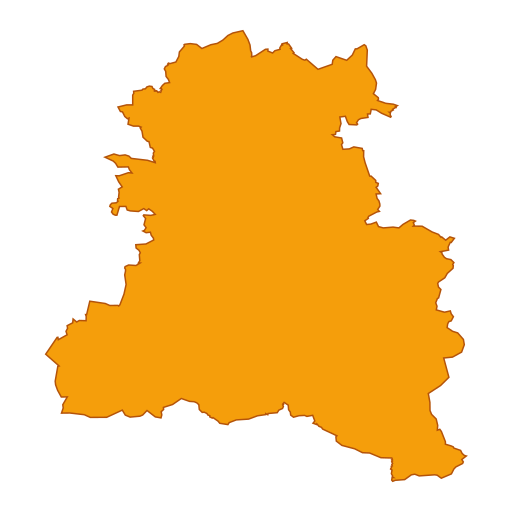 Mallow Lea-5, Cork, Ireland
{"feature_id": "5873133B25639176820798", "entity_name": "Mallow Lea-5", "entity_type": "district", "adm_level": 2, "iso_a3": "IRL", "parent_name": "Ireland", "parent_adm1": "Cork", "projection": "equal_earth", "projection_center": [-8.702, 52.146], "detail": "fine", "context": "isolated", "style": "filled", "palette": "amber", "viewbox_px": 512, "rotation_deg": 0, "n_neighbors": 0, "source": "geoboundaries", "source_scale": "gbopen_adm2", "svg_char_len": 5955}
<svg xmlns="http://www.w3.org/2000/svg" viewBox="0 0 512 512"><path d="M61.5,413.1L69.8,413.0L84.3,414.7L90.3,417.4L106.7,417.3L122.3,410.1L125.3,415.1L130.1,417.1L139.9,416.2L142.7,415.0L147.0,410.5L155.3,416.9L161.0,417.9L161.8,414.9L161.2,411.7L163.6,409.5L163.4,407.4L172.6,404.5L181.3,398.5L189.6,401.4L194.2,401.7L196.9,402.9L198.8,404.7L199.3,409.5L202.2,412.4L204.3,412.2L207.1,413.6L207.7,414.9L209.8,415.7L209.8,416.9L212.3,418.1L213.0,417.6L218.0,421.1L219.8,423.3L227.9,424.6L229.2,422.6L236.3,419.9L248.6,419.1L257.5,415.8L265.7,414.6L265.7,413.6L267.8,414.7L268.1,413.5L277.2,412.7L278.9,410.1L282.5,408.5L283.4,406.5L282.8,405.2L283.5,404.3L282.8,404.0L284.1,402.4L288.2,405.1L288.6,409.7L290.3,412.1L290.7,415.1L293.5,417.2L299.0,415.7L304.6,415.4L306.9,416.4L312.7,415.3L314.8,421.0L313.0,423.2L316.5,424.5L316.8,423.8L318.9,426.3L321.4,427.3L322.7,429.1L336.9,435.8L335.9,436.8L336.3,441.1L341.9,445.4L354.7,448.8L362.5,452.7L369.6,453.0L380.9,457.7L391.8,458.0L392.4,459.3L391.6,459.9L392.5,461.0L391.7,461.7L392.6,463.5L391.8,464.6L392.3,465.9L391.3,466.3L391.5,467.4L390.6,469.0L392.0,470.1L391.4,473.7L392.6,476.0L392.2,476.9L393.2,477.5L392.1,477.5L391.7,480.1L392.7,481.3L395.3,480.3L404.7,479.6L411.4,474.8L414.8,474.2L419.2,475.9L434.7,474.8L437.2,475.2L441.3,478.2L451.4,473.9L453.9,469.0L455.9,466.9L462.6,463.5L463.3,461.9L461.8,459.5L466.3,456.0L464.3,455.4L462.1,453.4L460.6,450.4L453.9,448.1L453.3,446.9L451.1,445.9L445.4,444.2L445.4,441.7L441.4,431.5L439.8,429.3L437.3,430.2L437.7,425.4L436.2,419.0L431.6,414.4L430.0,410.5L429.9,402.4L428.3,393.5L440.6,385.5L448.9,377.3L443.7,358.0L452.5,357.1L461.6,352.1L464.3,344.7L463.4,339.4L457.7,332.9L452.6,331.3L447.1,327.6L447.7,323.8L448.9,321.6L451.2,320.9L453.4,316.7L451.2,313.8L450.3,310.9L444.5,312.2L436.3,309.9L437.0,306.2L435.7,302.8L437.4,298.5L438.6,297.9L440.9,289.5L438.5,287.1L437.7,283.5L438.5,282.0L444.8,277.8L447.3,273.4L453.0,268.3L453.3,265.6L452.7,264.5L453.9,262.6L450.9,259.6L446.5,258.7L444.4,257.3L442.1,254.1L441.9,252.7L440.4,251.7L448.6,250.1L448.1,247.2L448.6,245.9L450.3,242.3L451.2,242.5L454.4,238.3L449.9,236.9L445.7,240.2L441.7,236.9L441.0,237.3L438.5,234.4L432.2,232.0L422.1,226.2L413.3,226.1L414.3,225.1L413.3,222.6L415.4,221.1L413.8,220.4L410.5,220.0L403.0,224.4L398.9,227.9L393.1,227.1L383.3,227.9L378.5,226.6L376.3,222.1L370.8,224.1L366.6,224.5L364.8,220.8L368.3,218.4L367.9,217.6L368.8,216.2L376.8,212.0L379.4,211.4L377.7,209.5L379.9,206.1L379.8,203.9L378.9,200.8L377.1,198.5L376.1,194.0L380.6,193.7L376.1,187.3L377.8,186.0L378.3,183.4L375.8,182.4L375.7,180.4L371.1,176.1L369.9,176.2L369.5,175.5L365.1,162.7L363.6,156.8L363.7,150.7L362.7,150.6L362.2,148.4L353.8,146.9L349.3,148.9L342.9,149.3L341.5,144.6L342.8,142.8L341.6,138.0L334.7,136.8L332.3,134.7L335.5,134.4L335.9,131.6L339.5,131.0L339.6,127.9L341.0,123.6L339.8,117.0L345.4,116.3L347.3,121.6L349.1,124.5L356.8,124.9L357.6,124.1L356.5,122.8L358.4,119.8L360.8,118.5L368.0,117.4L367.5,114.0L370.3,113.9L371.2,109.3L376.2,109.9L381.5,113.2L390.6,117.2L391.1,116.6L390.2,114.9L390.3,113.0L389.4,112.3L390.6,112.3L390.8,111.4L393.2,110.0L392.6,109.3L395.2,107.7L394.5,107.2L396.0,107.6L396.3,106.9L395.7,106.5L397.3,105.6L393.3,104.2L385.7,103.3L377.5,100.5L378.5,99.1L378.3,97.7L373.4,93.7L375.6,89.4L376.5,83.1L375.4,79.7L371.8,73.2L366.6,66.2L367.3,50.1L365.8,45.8L364.2,44.7L357.1,48.8L355.3,48.9L352.3,55.1L346.7,60.3L336.0,56.6L332.8,60.2L332.2,64.3L318.0,69.3L306.3,59.2L304.9,60.2L302.3,59.3L293.2,53.4L294.0,52.7L290.6,48.5L291.6,48.2L288.6,44.0L287.0,43.8L287.2,42.5L282.0,43.8L281.7,44.4L282.5,45.0L280.9,45.9L279.8,48.0L280.1,49.3L274.9,50.7L272.6,53.0L267.9,51.1L267.9,49.1L265.4,49.3L255.6,55.7L251.0,57.1L251.8,56.3L251.6,52.6L250.7,51.0L250.0,45.0L247.9,39.4L242.9,30.7L232.8,33.0L227.9,35.5L222.7,40.2L217.3,43.4L210.9,44.7L201.9,48.5L196.6,44.4L190.3,43.6L184.7,44.3L184.0,44.8L184.4,46.1L179.4,51.9L178.8,56.5L175.9,62.0L170.1,63.6L168.4,63.1L167.7,64.1L168.4,64.4L167.8,65.4L165.5,66.5L164.3,68.9L165.7,71.4L166.1,76.5L168.3,79.3L169.6,82.6L164.8,83.3L162.4,85.5L160.5,88.2L161.2,88.1L161.9,89.4L160.9,90.1L161.4,90.4L160.7,92.4L159.2,91.8L158.0,92.4L157.2,91.2L155.1,91.1L155.6,90.6L154.4,90.4L154.5,89.3L152.9,88.5L152.0,86.5L149.4,86.1L146.9,86.9L145.4,88.8L142.9,89.1L141.9,90.2L133.6,91.3L133.8,93.3L132.7,95.1L132.7,104.9L126.6,104.9L118.0,107.0L120.4,111.5L122.5,111.9L124.8,116.5L127.5,118.8L129.0,118.1L128.0,124.2L133.4,126.1L138.6,126.1L141.1,127.1L140.2,127.9L142.0,131.2L143.0,137.2L147.2,141.2L149.0,141.7L150.3,147.4L152.5,148.1L154.5,151.3L153.3,153.1L153.7,156.0L152.8,156.2L153.2,157.5L152.5,158.0L154.0,160.8L155.1,161.3L155.3,162.7L147.5,160.3L131.3,158.4L128.9,156.1L125.1,154.9L119.5,155.6L113.9,154.0L105.0,157.2L113.3,161.1L115.6,163.3L117.9,167.1L128.3,166.9L129.5,169.8L132.0,173.0L128.4,172.7L119.2,175.8L115.8,175.7L118.7,181.8L122.2,186.9L118.4,189.2L119.1,192.3L118.6,196.8L119.0,198.1L117.7,198.6L117.5,200.3L118.1,201.2L116.3,202.8L111.9,203.2L110.3,204.8L109.8,206.4L112.9,208.5L111.5,212.0L113.1,214.2L115.3,215.2L116.9,215.2L119.5,206.5L125.9,206.4L127.2,210.0L130.3,210.9L138.4,211.5L143.8,208.6L146.7,210.6L148.7,208.8L152.3,211.3L155.2,214.4L150.8,215.4L143.8,214.9L143.3,215.7L145.6,218.5L144.0,224.8L146.1,227.7L144.4,230.4L142.9,231.0L146.1,232.7L150.4,232.2L151.2,235.2L153.4,238.1L153.7,240.0L145.9,244.0L135.8,244.7L136.1,248.0L139.0,250.3L140.3,252.8L139.3,254.6L139.8,260.7L138.5,262.8L140.1,263.0L136.0,265.5L128.6,265.0L125.1,266.6L124.7,268.0L125.5,269.3L125.5,271.1L124.7,274.9L126.1,284.5L124.0,294.1L119.9,304.8L118.7,306.0L117.9,305.4L109.8,305.5L105.3,303.5L89.8,301.2L86.6,314.7L85.6,314.6L86.2,316.5L86.1,320.7L79.3,320.5L76.7,322.0L73.1,319.0L72.7,322.8L67.1,325.7L67.6,328.3L66.0,331.3L67.1,334.8L58.3,339.7L57.9,337.3L57.1,337.4L45.7,354.2L59.1,366.0L57.8,366.4L55.2,381.2L55.6,384.8L57.6,390.3L61.3,397.0L67.3,396.9L62.8,404.7L63.2,408.0L61.5,413.1Z" fill="#f59e0b" stroke="#b45309" stroke-width="1.5"/></svg>